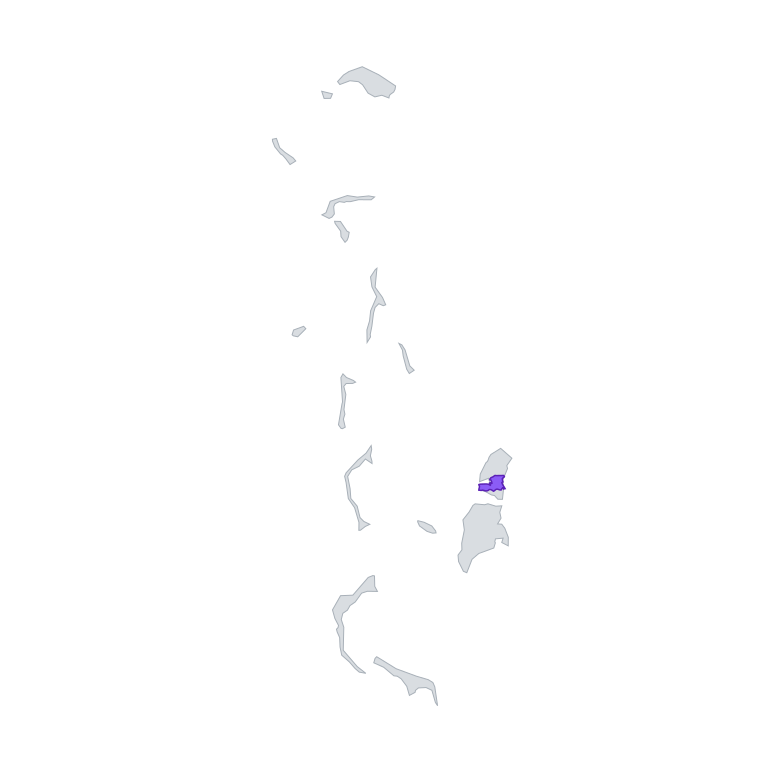 The Bahamas, with Mangrove Cay highlighted, rotated 217°
{"feature_id": "BHS-5021", "entity_name": "Mangrove Cay", "entity_type": "District", "adm_level": 1, "iso_a3": "BHS", "parent_name": "The Bahamas", "parent_adm1": "", "projection": "albers", "projection_center": [-77.793, 24.142], "detail": "fine", "context": "in_parent", "style": "filled", "palette": "violet", "viewbox_px": 768, "rotation_deg": 217, "n_neighbors": 0, "source": "natural_earth", "source_scale": "10m", "svg_char_len": 4231}
<svg xmlns="http://www.w3.org/2000/svg" viewBox="0 0 768 768"><g transform="rotate(217 384 384)"><path d="M239.2,323.0L239.0,333.0L239.9,340.5L239.1,343.1L231.0,348.1L228.9,350.9L221.2,353.7L216.6,357.6L214.3,351.2L209.8,347.3L209.1,340.6L205.6,342.9L200.7,341.5L192.5,336.4L187.4,329.5L194.6,328.3L196.1,332.6L201.8,327.4L200.5,324.6L199.5,324.2L197.6,319.1L206.3,305.7L208.2,297.0L204.3,283.1L207.9,282.2L217.6,287.1L221.9,291.9L222.0,298.5L226.1,303.6L232.0,315.8L239.2,323.0ZM245.7,360.8L245.8,362.6L238.4,367.8L243.8,371.6L248.9,363.5L252.9,370.0L255.2,382.3L254.8,384.5L255.2,386.3L256.0,388.7L256.2,392.1L252.1,402.8L237.2,401.7L236.8,392.7L234.5,390.9L231.1,378.0L226.4,373.8L220.0,363.2L223.7,360.5L228.7,361.4L231.3,360.1L238.2,359.1L242.4,357.6L245.7,360.8ZM602.3,606.4L600.0,612.6L592.3,624.3L574.2,627.8L554.1,629.0L552.5,625.9L552.0,623.1L553.3,618.8L553.1,617.1L552.2,615.4L559.5,613.3L564.1,607.8L571.7,606.7L581.2,610.1L586.3,610.1L593.7,605.7L599.5,596.6L603.1,597.6L602.3,606.4ZM277.6,224.3L276.1,225.0L269.6,216.8L264.4,214.4L272.5,208.5L276.0,203.5L275.8,192.6L277.8,186.6L277.1,181.4L278.9,176.1L276.4,170.2L269.7,165.5L256.3,146.8L235.3,142.2L224.4,142.0L230.4,139.0L235.9,139.4L244.4,141.2L254.6,142.0L260.8,147.5L266.8,154.8L272.2,157.8L274.4,159.6L274.1,161.8L275.0,163.8L282.1,167.2L289.2,172.6L291.3,188.8L281.8,196.6L280.2,220.0L277.6,224.3ZM183.9,156.3L192.9,158.9L197.6,158.6L200.5,156.9L213.7,157.6L224.4,155.2L226.0,159.5L225.7,161.8L203.0,163.9L182.1,170.2L170.7,174.5L165.3,175.0L161.2,172.7L147.6,159.3L151.3,160.6L161.4,168.2L167.7,166.9L173.6,162.0L174.5,158.2L173.6,156.5L176.3,150.6L183.9,156.3ZM320.7,258.4L333.0,267.5L343.5,271.0L355.0,282.5L359.9,286.6L360.8,290.3L359.1,307.6L356.7,318.0L357.2,327.1L354.5,324.4L351.7,318.5L347.2,315.1L345.7,313.3L353.7,312.9L354.3,303.5L358.1,296.0L357.4,288.3L348.1,280.0L341.6,272.6L331.9,270.3L322.8,262.9L317.4,262.1L310.9,263.4L313.2,259.0L314.8,253.1L316.0,252.0L320.7,258.4ZM459.8,470.1L459.3,472.2L449.4,456.0L437.3,452.2L430.3,448.3L431.7,446.1L436.5,445.0L437.2,439.8L435.0,434.2L428.5,422.9L424.8,415.2L423.1,413.5L422.5,407.0L430.2,416.9L433.5,425.7L438.7,434.4L442.4,449.4L452.1,454.3L459.2,461.4L459.8,470.1ZM509.4,525.0L504.1,527.7L505.1,523.4L515.2,515.9L520.7,509.3L523.9,507.0L525.0,505.2L529.4,502.8L531.6,498.6L530.9,495.3L526.0,489.9L526.0,486.0L527.5,483.2L535.4,481.7L533.4,485.9L536.9,497.5L526.7,512.4L517.8,517.2L509.4,525.0ZM422.3,363.2L422.9,367.4L417.9,366.6L410.5,368.4L407.8,368.4L409.4,365.6L414.5,361.6L414.7,357.9L408.2,352.7L400.6,339.5L397.1,336.4L395.3,331.5L389.0,326.2L390.3,323.3L391.6,322.7L395.8,324.0L405.6,342.9L406.3,344.7L422.3,363.2ZM597.7,504.7L602.5,505.7L605.1,505.5L613.9,507.7L619.2,510.9L620.4,512.3L617.7,515.4L609.5,509.9L602.5,509.4L592.6,509.9L588.7,509.0L591.1,502.7L597.7,504.7ZM519.6,482.8L521.4,484.2L516.6,487.6L505.6,483.8L503.1,484.2L500.9,479.9L500.0,476.7L500.4,473.7L507.0,475.8L510.6,480.0L519.6,482.8ZM268.8,297.7L260.4,299.4L254.3,297.7L252.8,296.4L255.4,294.1L261.0,292.2L270.2,292.0L274.2,294.2L274.7,295.2L268.8,297.7ZM396.5,425.4L393.3,426.0L387.7,423.9L374.3,414.0L368.2,413.2L370.1,407.6L374.8,409.5L385.6,418.0L389.7,422.2L396.5,425.4ZM488.7,372.7L482.9,381.7L479.7,381.1L481.3,369.8L485.4,367.9L487.0,368.0L488.7,372.7ZM609.9,580.3L599.8,584.7L598.6,580.0L603.7,576.0L609.9,580.3Z" fill="#d9dde1" stroke="#a8b0b8" stroke-width="1"/><path d="M233.3,383.0L232.2,382.6L232.1,381.7L232.5,380.5L232.5,379.5L231.6,378.6L230.6,377.9L230.0,377.4L230.5,376.7L230.5,376.1L229.0,375.2L224.3,373.3L224.8,372.7L225.3,372.1L226.4,372.9L226.8,372.6L226.8,372.0L226.8,371.6L226.9,370.9L226.7,370.5L226.6,370.1L227.3,369.4L228.1,369.0L230.1,368.3L230.9,367.6L231.2,367.0L231.7,364.9L232.0,364.3L234.6,364.1L235.6,363.7L236.3,363.1L236.6,362.5L236.7,361.9L237.2,360.9L238.3,359.9L241.4,358.6L242.3,357.5L244.4,356.3L245.1,357.5L245.6,358.8L246.3,359.9L247.2,360.3L247.7,360.8L247.0,361.8L242.3,365.6L240.5,366.7L238.2,367.1L238.2,367.6L239.5,367.8L240.1,368.4L239.7,369.1L238.4,369.4L238.1,369.7L238.9,370.5L240.7,371.6L241.9,371.1L242.3,372.0L242.2,373.5L240.9,375.9L240.7,376.9L240.3,377.8L239.2,378.4L236.4,380.6L233.3,383.0Z" fill="#8b5cf6" stroke="#5b21b6" stroke-width="1.5"/></g></svg>